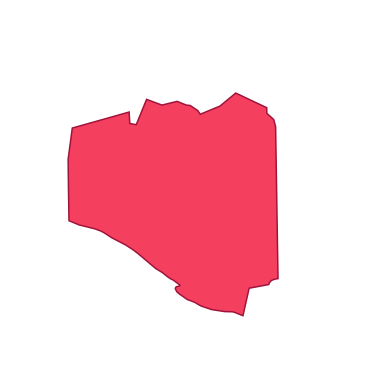 Mercer, West Virginia, United States of America (Natural Earth projection), rotated 49°
{"feature_id": "52423323B88049032816505", "entity_name": "Mercer", "entity_type": "district", "adm_level": 2, "iso_a3": "USA", "parent_name": "United States of America", "parent_adm1": "West Virginia", "projection": "natural_earth1", "projection_center": [-81.073, 37.416], "detail": "fine", "context": "isolated", "style": "filled", "palette": "rose", "viewbox_px": 384, "rotation_deg": 49, "n_neighbors": 0, "source": "geoboundaries", "source_scale": "gbopen_adm2", "svg_char_len": 855}
<svg xmlns="http://www.w3.org/2000/svg" viewBox="0 0 384 384"><g transform="rotate(49 192 192)"><path d="M65.2,240.4L86.0,264.0L108.5,283.1L133.0,303.7L143.0,298.7L156.2,289.4L161.7,286.4L165.7,284.9L173.9,282.6L188.6,276.8L197.4,274.3L202.8,273.2L225.9,269.6L233.5,267.2L240.2,266.0L244.1,264.9L246.3,263.9L254.4,262.2L254.7,263.2L253.2,266.0L253.6,267.6L254.2,268.1L257.3,268.9L260.9,268.4L270.1,266.1L275.0,263.4L278.4,261.8L280.4,261.3L284.3,259.8L293.5,254.4L303.7,245.8L309.1,239.9L311.0,238.7L318.8,234.7L302.1,212.0L312.2,194.8L311.4,193.4L311.0,191.6L311.0,189.8L312.0,186.9L313.8,183.9L197.5,86.0L190.9,82.8L181.7,83.9L177.4,80.3L146.0,94.1L145.5,114.5L138.7,134.8L134.5,134.2L125.5,136.6L122.5,139.4L113.9,143.7L106.6,157.7L92.3,165.5L104.6,189.9L99.5,194.0L90.4,187.0L65.2,240.4Z" fill="#f43f5e" stroke="#9f1239" stroke-width="1.5"/></g></svg>